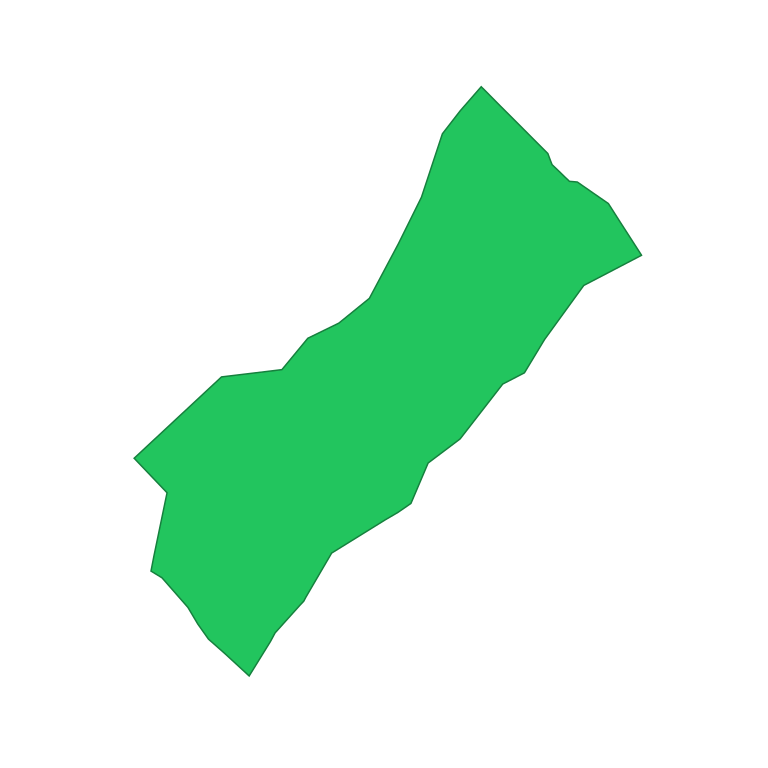 outline of Xo'vsgol, Dornogovi, Mongolia, rotated 278°
{"feature_id": "93677404B21741172653366", "entity_name": "Xo'vsgol", "entity_type": "district", "adm_level": 2, "iso_a3": "MNG", "parent_name": "Mongolia", "parent_adm1": "Dornogovi", "projection": "albers", "projection_center": [110.095, 43.425], "detail": "fine", "context": "isolated", "style": "filled", "palette": "green", "viewbox_px": 768, "rotation_deg": 278, "n_neighbors": 0, "source": "geoboundaries", "source_scale": "gbopen_adm2", "svg_char_len": 936}
<svg xmlns="http://www.w3.org/2000/svg" viewBox="0 0 768 768"><g transform="rotate(278 384 384)"><path d="M76.1,291.1L113.2,307.4L122.4,310.8L153.0,331.4L157.8,334.8L162.0,336.3L209.3,355.7L249.8,404.3L258.9,415.8L269.5,427.3L311.9,438.7L340.2,467.0L400.5,501.6L414.6,521.5L450.4,536.8L509.4,568.1L547.3,621.1L547.6,620.9L562.7,607.9L577.3,595.3L593.9,581.1L602.4,564.2L607.6,553.9L608.2,552.7L610.9,547.4L610.9,547.2L610.7,542.5L610.5,539.5L610.5,539.4L611.5,538.1L614.1,534.4L617.2,530.2L617.5,529.8L624.6,519.9L627.3,518.4L627.6,518.2L635.0,514.2L647.0,498.3L655.7,486.8L667.1,471.7L675.8,460.1L690.3,441.1L690.6,440.6L691.9,438.9L665.4,421.6L639.9,407.0L574.2,395.1L524.8,378.7L466.8,357.6L438.0,330.8L418.7,302.2L384.0,280.9L373.7,242.1L368.4,222.1L275.7,146.9L246.1,184.3L181.6,180.1L166.3,179.3L161.2,191.1L135.5,220.9L120.4,233.0L106.9,245.7L94.9,263.9L76.1,291.1Z" fill="#22c55e" stroke="#15803d" stroke-width="1.5"/></g></svg>